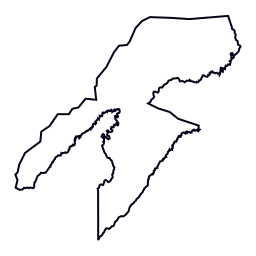 Santa Rosa do Purus, Acre, Brazil
{"feature_id": "56859067B63738463512329", "entity_name": "Santa Rosa do Purus", "entity_type": "district", "adm_level": 2, "iso_a3": "BRA", "parent_name": "Brazil", "parent_adm1": "Acre", "projection": "natural_earth1", "projection_center": [-70.414, -9.518], "detail": "fine", "context": "isolated", "style": "outline", "palette": "ink", "viewbox_px": 256, "rotation_deg": 0, "n_neighbors": 0, "source": "geoboundaries", "source_scale": "gbopen_adm2", "svg_char_len": 5859}
<svg xmlns="http://www.w3.org/2000/svg" viewBox="0 0 256 256"><path d="M19.7,189.9L22.6,189.4L24.1,187.7L25.5,188.2L27.1,187.5L28.9,188.1L29.5,187.7L32.5,187.8L33.0,188.2L33.8,187.8L34.3,186.7L34.1,185.2L34.5,182.3L35.2,182.1L37.5,176.1L39.8,174.3L40.9,172.8L43.5,173.1L44.5,172.6L45.7,172.7L49.6,167.1L50.4,166.9L50.6,165.0L51.2,164.6L52.3,162.2L53.0,162.2L53.5,160.6L54.0,160.2L54.3,159.5L54.9,159.2L55.4,157.4L57.2,156.4L58.0,155.4L58.6,155.2L59.2,155.7L60.5,155.6L60.9,154.9L61.3,153.1L61.9,153.6L62.4,153.1L64.5,152.8L65.2,152.3L66.4,153.0L68.2,151.7L68.8,150.5L68.6,149.8L69.7,148.7L69.6,147.1L70.8,146.2L71.5,146.4L71.8,145.8L72.9,145.6L72.9,144.7L74.4,145.1L74.9,143.6L74.6,140.1L75.2,140.1L75.0,139.4L75.9,138.1L75.2,138.0L76.0,136.5L76.7,136.6L77.8,136.1L79.2,137.5L79.3,138.2L80.6,136.9L80.3,136.5L80.5,135.9L80.2,135.6L81.3,135.1L82.2,133.6L85.5,132.2L85.7,131.4L87.1,130.7L87.6,131.0L90.5,128.3L90.9,129.1L92.3,126.5L92.7,127.0L93.0,126.4L92.9,124.4L94.2,123.5L95.4,124.2L95.6,123.4L96.2,123.0L95.4,121.7L96.0,121.4L96.2,120.6L97.4,119.8L97.8,118.4L98.9,119.3L98.9,118.4L99.6,117.6L99.7,115.7L101.9,116.2L102.3,115.7L102.3,113.4L102.6,112.6L103.3,112.5L103.9,113.2L106.4,111.6L106.9,111.9L106.9,111.0L108.4,110.4L108.9,111.1L109.7,110.8L110.4,111.1L111.2,109.8L112.4,110.9L112.4,111.7L114.4,109.8L114.5,110.4L114.2,111.2L114.8,111.2L115.5,110.7L115.5,110.1L116.9,109.3L117.7,109.0L118.3,109.1L118.4,109.6L119.3,109.4L119.8,111.1L119.4,112.7L117.2,113.5L116.9,114.0L118.1,116.6L117.8,117.3L116.5,117.2L116.2,116.2L115.5,115.9L114.9,116.2L115.4,119.1L118.4,123.0L118.2,124.9L117.8,125.4L117.4,125.0L116.6,122.9L115.4,125.3L114.7,125.4L114.1,124.8L113.7,125.3L113.6,127.3L112.9,127.5L111.7,126.9L111.2,127.2L110.9,129.2L112.4,130.3L112.3,131.3L111.8,131.8L110.4,132.2L109.0,131.9L107.9,130.4L107.2,130.5L106.8,131.0L108.0,132.3L107.1,134.4L107.1,135.1L107.5,135.6L109.2,136.2L109.6,138.3L108.5,139.3L107.3,138.7L106.3,137.3L105.6,137.0L104.4,137.8L103.7,137.6L103.6,136.8L104.3,135.5L103.9,134.5L103.1,134.0L102.3,134.8L101.7,136.2L101.7,137.0L102.4,137.2L104.1,139.1L103.9,141.1L103.4,141.6L104.1,141.9L103.8,143.7L103.2,144.7L102.0,145.6L104.5,152.5L106.0,154.4L106.1,155.3L107.4,157.6L108.1,158.0L109.6,158.0L110.4,159.6L111.6,160.5L113.5,166.3L114.4,167.3L114.0,167.9L114.2,169.1L113.3,170.9L113.2,173.3L112.2,174.4L112.7,177.3L111.1,179.4L111.0,180.0L109.5,181.6L108.4,182.1L105.9,180.0L105.4,180.0L104.4,180.8L104.1,182.6L103.1,185.0L101.5,184.5L100.3,184.6L99.5,185.5L99.0,187.6L97.6,188.6L98.1,190.7L98.2,240.1L99.4,237.5L100.2,236.3L101.4,235.8L102.5,234.5L103.1,233.1L104.1,232.1L105.1,229.8L106.1,228.5L107.3,228.3L109.4,228.9L112.0,226.2L113.5,226.0L115.3,221.6L116.9,220.5L118.6,217.4L121.4,216.1L123.3,216.4L125.6,214.8L128.2,211.9L129.0,210.1L129.3,208.1L130.5,205.9L131.1,205.5L131.3,204.7L133.7,203.1L134.6,201.6L135.8,200.7L136.4,199.4L139.1,196.9L139.2,196.3L140.0,195.6L140.2,194.7L142.8,191.9L143.0,190.8L143.9,189.8L144.0,189.0L146.4,186.4L147.7,185.6L147.9,185.0L147.9,180.7L148.4,179.3L148.8,179.0L148.6,178.3L148.9,177.8L148.9,176.5L152.7,173.5L153.0,174.1L153.9,172.6L153.8,170.8L154.4,170.7L155.1,169.7L154.7,169.1L155.2,168.4L155.9,168.6L156.9,167.8L157.4,167.8L157.2,166.9L160.2,161.4L162.0,161.0L162.3,160.3L162.8,160.5L163.1,160.0L163.0,159.0L163.6,158.6L164.1,158.7L164.3,157.9L165.0,157.6L165.6,156.9L166.2,156.9L165.7,155.5L167.7,153.5L167.9,151.8L169.0,150.8L169.3,150.0L169.5,150.7L170.6,149.8L172.1,149.9L171.8,148.5L172.8,148.0L172.9,147.2L172.9,146.6L172.2,146.0L172.2,145.3L173.2,144.8L173.8,143.1L174.4,142.8L174.5,141.9L175.0,141.4L176.4,141.5L177.0,139.6L177.6,139.1L177.4,138.3L179.0,135.9L179.7,135.8L180.2,136.4L180.0,136.9L180.6,136.8L181.5,135.2L181.3,134.3L181.8,133.2L183.7,132.4L184.2,133.0L185.6,133.6L185.9,132.8L185.5,132.3L186.1,131.8L187.1,132.7L187.4,131.6L189.0,132.3L189.5,132.0L190.4,132.8L191.6,132.5L191.7,131.3L193.3,129.8L194.0,129.6L194.4,130.7L195.2,130.7L196.6,129.8L197.3,129.9L197.5,130.5L198.0,130.2L198.4,131.0L199.7,129.6L198.4,129.2L198.2,128.7L198.7,127.5L198.5,126.7L198.7,125.6L178.2,118.8L169.7,112.0L158.2,108.4L148.1,103.4L150.5,101.9L151.1,100.0L153.3,98.2L153.9,97.2L154.0,96.5L153.4,94.3L153.4,92.2L153.9,91.7L155.3,91.7L157.6,92.6L158.3,92.3L158.6,91.6L158.9,88.4L160.3,87.3L162.1,87.6L164.3,84.6L166.1,83.9L167.5,82.7L168.6,80.6L171.5,79.8L172.4,78.7L176.5,78.3L177.2,77.8L178.9,78.8L179.9,81.3L182.9,81.1L184.6,82.2L187.1,80.6L189.3,80.8L189.6,80.2L190.0,80.8L190.5,80.6L190.8,81.2L192.2,81.3L194.2,82.1L196.4,82.5L196.8,81.9L198.0,82.1L199.1,81.1L198.9,80.5L200.0,80.3L201.1,79.4L201.5,77.8L202.1,77.3L202.1,76.5L202.8,76.1L202.8,75.4L204.3,75.3L205.1,76.3L207.3,76.8L208.5,75.6L208.3,74.9L209.3,74.9L209.4,74.2L209.9,74.1L210.3,73.1L210.8,72.8L210.2,72.4L212.3,71.4L212.5,72.1L213.6,72.8L214.2,72.6L215.4,73.3L216.9,72.8L218.1,73.3L218.2,73.9L219.0,73.5L219.8,73.8L219.8,74.4L220.3,73.5L220.0,72.5L220.5,70.8L222.8,71.8L222.9,70.9L220.8,70.1L220.5,69.3L220.7,68.0L221.1,67.6L221.9,68.0L222.7,69.3L223.9,68.2L224.3,69.0L225.0,69.2L225.4,66.2L225.8,65.6L226.5,66.1L227.1,65.9L228.1,64.4L228.6,64.3L229.9,64.9L230.7,62.1L229.7,61.1L231.3,60.1L231.7,59.4L231.2,58.3L231.3,57.7L233.2,58.0L233.7,57.5L234.0,56.2L233.8,55.5L235.9,54.2L238.4,51.6L239.1,50.2L239.2,48.6L240.6,46.5L239.7,45.4L238.0,44.6L237.7,41.3L236.0,39.9L235.2,37.5L235.7,34.7L234.6,32.5L234.8,31.5L234.3,30.2L232.1,28.9L231.9,27.3L228.1,15.9L189.4,19.1L171.6,17.9L150.0,17.1L142.0,21.0L135.6,28.0L129.7,41.4L127.0,45.0L119.0,45.7L114.1,52.0L106.4,67.0L96.9,78.5L96.6,85.7L94.8,87.0L96.2,99.8L85.6,98.7L78.4,107.5L72.4,108.8L68.8,114.2L57.7,114.2L49.6,126.0L41.3,131.6L40.3,141.6L25.1,152.9L19.2,164.6L17.6,172.4L15.4,174.5L17.5,180.2L15.6,187.6L19.7,189.9ZM233.0,55.1L232.4,55.5L231.1,55.5L230.6,53.9L231.0,53.3L232.1,53.0L232.6,53.4L233.0,55.1Z" fill="none" stroke="#020617" stroke-width="2"/></svg>